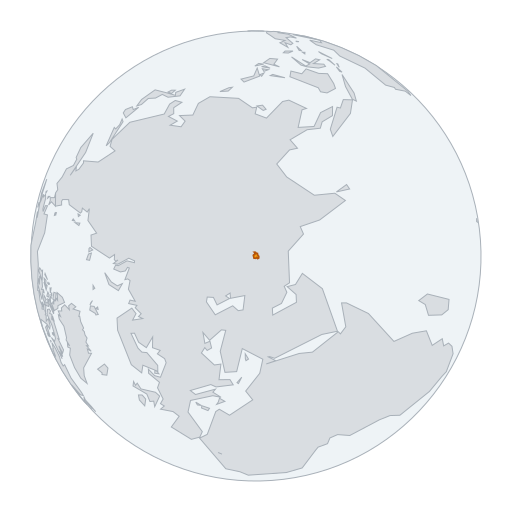 Daykundi highlighted on a globe, orthographic projection, rotated 263°
{"feature_id": "AFG-1753", "entity_name": "Daykundi", "entity_type": "Province", "adm_level": 1, "iso_a3": "AFG", "parent_name": "Afghanistan", "parent_adm1": "", "projection": "orthographic", "projection_center": [66.112, 33.734], "detail": "fine", "context": "on_globe", "style": "filled", "palette": "amber", "viewbox_px": 512, "rotation_deg": 263, "n_neighbors": 0, "source": "natural_earth", "source_scale": "10m", "svg_char_len": 12096}
<svg xmlns="http://www.w3.org/2000/svg" viewBox="0 0 512 512"><g transform="rotate(263 256 256)"><circle cx="256" cy="256" r="225" fill="#eef3f6" stroke="#a8b0b8"/><path d="M293.9,33.9L297.1,34.9L316.1,41.4L326.8,44.5L320.7,43.5L344.4,50.8L357.8,57.7L339.7,49.5L335.5,48.4L343.2,52.5L340.6,52.4L342.7,54.6L339.0,54.3L328.7,50.2L326.1,50.1L331.6,53.1L331.3,55.2L323.6,50.7L322.2,54.0L304.8,49.1L287.2,39.6L274.5,38.9L248.4,35.1L247.8,36.2L237.6,36.3L233.0,37.7L229.5,37.2L228.9,38.9L233.0,39.2L234.2,40.2L231.9,41.3L226.9,40.5L227.4,39.9L224.7,40.3L223.3,39.6L222.7,40.5L217.0,39.9L219.2,42.2L211.8,43.2L208.9,42.4L213.8,40.2L219.2,35.0L217.8,34.6L211.0,35.5L188.5,41.4L185.1,42.2L177.1,45.0L176.9,45.2L183.0,43.2L180.6,44.9L188.5,42.9L188.6,43.5L194.8,42.9L188.9,45.6L179.9,48.7L174.4,49.5L170.3,51.2L171.5,52.8L157.5,57.5L141.6,66.3L138.5,67.6L139.7,64.8L149.8,57.9L151.0,56.7L165.7,49.6L181.0,43.6L196.6,38.7L212.5,35.0L228.7,32.4L245.0,31.0L261.3,30.8L277.7,31.8L293.9,33.9ZM150.2,57.1L145.3,60.3L137.7,64.4L134.3,66.5L131.8,68.3L132.7,68.1L129.1,70.4L132.6,67.5L136.4,65.1L135.6,65.6L138.5,63.8L150.2,57.1ZM335.1,47.1L330.8,45.2L335.9,47.2L335.1,47.1ZM343.7,54.9L345.8,55.6L346.0,56.5L343.7,54.9ZM197.6,41.6L196.2,42.3L195.8,42.0L197.6,41.6ZM201.6,40.9L202.1,40.2L204.1,39.7L203.7,40.2L201.6,40.9ZM340.5,57.0L340.3,58.5L338.7,56.2L340.5,57.0ZM200.5,42.0L207.5,39.1L211.0,38.5L212.5,39.8L200.5,42.0ZM339.0,58.9L338.5,63.1L343.1,64.8L329.9,63.0L334.7,59.6L332.0,56.4L336.0,58.5L339.0,58.9ZM235.3,38.9L230.9,38.6L236.7,37.9L235.3,38.9ZM238.8,38.3L255.2,35.9L260.6,37.2L254.1,37.5L262.8,38.9L257.5,40.6L251.4,40.3L249.0,39.0L248.8,40.8L238.8,38.3ZM322.7,61.5L321.1,62.2L320.8,60.8L322.7,61.5ZM235.1,40.6L237.9,39.8L242.8,40.8L238.1,42.6L238.0,41.6L235.1,40.6ZM267.8,38.6L270.6,39.9L267.0,41.6L267.7,42.4L257.8,40.8L267.8,38.6ZM235.7,42.0L235.6,43.5L231.1,44.1L232.7,41.4L235.7,42.0ZM246.1,40.4L248.2,41.0L245.5,41.2L246.1,40.4ZM215.4,47.8L218.6,46.4L221.5,46.7L215.4,47.8ZM235.8,44.1L237.3,43.9L238.8,44.0L237.8,45.2L235.8,44.1ZM256.0,42.3L253.9,42.9L259.8,43.0L257.4,44.6L251.3,43.4L252.9,44.6L252.1,45.1L248.0,43.6L256.0,42.3ZM241.2,46.8L232.6,46.3L225.9,48.5L223.2,48.1L234.4,44.7L241.2,46.8ZM245.6,45.0L242.3,46.0L240.5,44.8L241.7,43.5L245.6,45.0ZM257.9,46.2L263.3,44.1L264.4,44.5L257.9,46.2ZM239.6,47.6L241.8,47.7L239.4,47.8L239.6,47.6ZM252.7,46.8L254.4,45.9L255.7,46.3L252.7,46.8ZM244.6,48.9L241.8,48.6L242.5,47.6L244.6,48.9ZM248.6,48.1L249.9,48.9L244.4,47.4L249.1,47.6L248.6,48.1ZM253.6,47.4L254.9,47.3L252.7,47.7L253.6,47.4ZM243.5,53.1L236.4,51.5L238.0,49.1L244.6,51.0L243.5,53.1ZM37.4,259.8L39.4,221.6L43.8,213.8L48.5,200.1L82.1,177.8L84.9,185.9L106.5,197.1L108.4,200.9L101.2,210.3L113.6,235.2L123.2,229.3L139.1,245.4L152.7,250.2L165.8,231.1L143.6,222.7L144.3,211.0L165.8,208.9L185.9,216.9L186.9,212.7L178.0,199.7L186.6,194.0L175.5,194.6L177.0,199.9L170.1,200.7L168.2,196.0L171.3,194.0L166.4,190.0L152.9,201.4L153.0,208.0L137.7,204.2L136.5,215.1L130.9,217.7L130.9,200.4L133.9,195.5L130.5,174.4L125.9,179.1L128.8,199.6L126.1,196.6L120.0,204.1L122.6,196.1L120.6,173.4L109.4,169.5L88.2,181.3L83.1,178.2L81.9,169.5L96.6,151.1L106.3,160.2L111.7,154.7L115.6,142.6L118.3,146.7L121.1,143.2L125.4,146.4L137.2,142.2L142.4,144.8L152.7,135.1L156.8,135.4L149.6,140.8L147.3,146.4L161.0,153.8L165.3,152.8L170.9,146.2L174.0,149.4L177.6,142.1L188.3,143.6L178.4,136.0L184.7,129.0L194.2,126.0L194.5,122.5L179.0,127.6L174.5,131.0L173.4,135.9L159.4,145.1L153.5,144.5L161.4,130.4L153.9,128.3L163.3,119.0L199.2,109.6L211.3,110.5L219.4,126.4L213.4,129.9L207.4,125.7L207.7,136.0L210.2,132.0L212.7,135.0L219.4,129.8L221.5,131.8L224.3,123.8L227.6,125.6L225.8,130.6L238.6,125.3L247.0,128.0L248.9,125.9L248.5,123.0L259.5,128.8L260.4,127.1L257.1,124.5L256.7,119.5L260.4,113.2L264.0,115.5L263.2,118.1L266.9,127.4L264.2,134.5L266.0,134.9L269.3,129.4L264.7,117.9L265.9,113.5L268.9,118.5L267.9,116.3L269.6,114.9L274.7,115.8L271.8,110.3L285.7,93.9L296.9,94.8L298.1,100.6L311.7,93.5L323.3,96.4L320.2,93.8L324.7,89.5L321.1,88.4L320.0,86.9L329.7,76.9L334.8,76.9L335.6,70.9L334.0,69.7L330.3,69.3L329.9,63.0L343.1,64.8L346.0,67.3L352.3,67.3L358.0,73.2L365.6,78.5L368.1,85.8L373.9,89.9L375.7,89.5L385.0,95.3L397.7,109.4L379.5,99.5L358.7,81.4L366.5,88.6L362.4,87.6L363.7,90.8L369.4,96.2L371.5,96.4L368.5,110.8L377.5,128.9L382.6,124.5L389.4,127.4L404.1,147.1L408.1,182.2L417.3,188.8L420.2,194.8L417.6,201.2L413.2,192.4L407.3,191.7L405.2,186.1L399.5,194.3L396.3,186.7L393.4,197.4L398.5,202.1L404.7,197.2L403.6,210.5L414.5,217.4L419.7,229.7L414.6,257.9L403.5,270.5L403.6,274.8L397.2,272.5L391.6,283.2L406.1,301.2L406.7,307.6L396.3,324.1L395.5,319.5L378.5,313.5L377.5,329.4L390.5,337.6L395.0,350.2L386.0,349.0L381.1,338.0L375.0,335.4L375.1,322.1L367.2,304.0L357.9,310.3L357.2,302.2L344.8,287.8L330.7,296.1L309.2,321.3L308.7,341.9L300.2,351.5L284.0,323.6L279.8,303.5L272.0,305.8L256.9,288.6L225.3,286.0L222.5,280.3L216.2,282.2L205.8,275.5L202.3,265.9L195.3,265.4L205.1,290.5L212.9,291.1L221.8,283.2L222.9,291.7L233.1,299.9L215.5,317.9L171.4,327.7L170.1,311.8L152.2,262.0L154.4,257.5L154.5,256.9L154.4,255.8L149.7,262.8L147.6,253.0L154.0,287.0L153.7,300.3L170.8,328.4L168.4,330.3L174.8,336.5L199.0,335.2L198.4,340.1L185.2,360.6L154.4,382.5L160.3,401.8L161.0,416.0L145.8,420.0L151.2,430.8L143.9,431.3L146.1,436.5L142.5,439.5L135.0,439.7L118.0,430.8L113.7,425.7L100.4,411.6L80.4,379.4L81.3,369.6L78.4,358.6L66.4,327.2L68.8,315.2L66.4,307.2L61.0,304.1L58.7,294.3L55.7,291.2L40.0,276.0L37.4,259.8ZM65.6,194.4L63.5,198.1L65.6,194.4ZM204.1,236.6L218.1,240.1L217.1,225.5L222.4,225.8L220.1,221.0L217.0,224.5L212.2,211.4L220.1,208.7L221.2,202.6L216.5,201.2L202.6,208.4L209.4,226.8L203.9,231.7L204.1,236.6ZM137.4,64.6L136.9,64.9L133.9,67.0L134.3,66.6L137.4,64.6ZM126.6,74.3L121.0,77.9L125.3,74.8L124.7,74.5L133.1,68.2L137.4,68.0L134.0,69.0L126.6,74.3ZM145.4,60.5L139.7,64.0L145.8,60.2L145.4,60.5ZM132.4,122.4L131.9,126.1L127.4,129.1L120.8,127.3L127.3,122.7L132.4,122.4ZM132.3,130.8L142.0,118.1L146.4,119.2L142.3,120.7L144.3,122.6L138.1,125.6L133.0,139.6L128.7,143.3L118.8,137.1L124.4,136.8L124.5,133.0L132.3,130.8ZM158.7,89.0L163.0,85.0L167.2,92.4L162.8,95.4L155.9,93.4L157.1,88.7L158.7,89.0ZM202.0,45.5L203.4,44.5L204.7,44.5L204.7,45.5L202.0,45.5ZM216.7,47.1L197.5,50.5L198.1,49.4L186.2,53.5L183.1,52.2L190.9,49.4L179.6,51.9L185.4,48.9L177.6,51.1L195.3,45.1L200.1,43.0L195.9,45.7L198.7,46.9L201.3,46.7L212.2,45.0L223.8,41.5L228.4,42.6L228.5,44.3L226.4,45.3L224.1,44.2L223.0,46.3L218.1,45.5L216.7,47.1ZM227.5,71.0L225.7,68.0L222.6,74.6L217.7,72.8L217.6,73.7L212.2,74.0L205.5,76.1L203.9,74.8L202.0,76.3L198.4,76.7L195.2,78.3L191.3,76.7L187.1,78.7L187.6,76.9L181.5,80.8L184.3,77.3L179.9,77.9L179.5,80.9L166.0,71.3L158.2,70.9L150.1,72.8L156.1,67.2L167.4,62.3L180.4,59.0L187.1,60.5L188.6,58.1L192.2,58.2L189.5,60.1L195.8,57.3L198.1,58.0L209.7,56.8L217.4,53.0L221.8,52.7L219.9,54.6L225.6,53.0L225.1,56.5L228.2,56.5L230.9,60.2L225.4,64.2L229.4,64.0L231.5,67.1L227.5,71.0ZM243.9,54.2L238.6,58.8L233.2,60.3L230.9,53.4L228.1,52.9L226.4,49.1L234.2,47.2L234.0,48.4L235.6,49.2L232.5,49.4L236.1,49.8L235.9,51.6L238.7,52.5L236.2,53.7L243.9,54.2ZM113.5,198.8L115.5,200.7L119.3,202.4L115.5,207.4L113.5,198.8ZM111.8,183.4L114.0,184.0L110.5,191.3L108.4,189.5L111.8,183.4ZM118.3,178.4L114.4,183.4L115.3,179.7L118.3,178.4ZM152.0,141.2L154.7,141.7L153.8,143.5L150.9,145.3L152.0,141.2ZM217.2,92.3L217.0,89.9L218.6,89.5L222.6,84.4L226.6,85.6L225.7,89.2L217.2,92.3ZM160.3,233.4L154.6,236.0L153.3,233.3L155.5,232.9L160.3,233.4ZM132.6,221.7L137.5,227.1L131.5,223.0L132.6,221.7ZM222.2,92.8L223.4,90.5L224.7,92.6L222.2,92.8ZM229.7,86.3L231.7,88.3L227.5,85.2L229.7,86.3ZM263.3,479.2L266.6,479.6L262.7,479.8L263.3,479.2ZM197.4,421.5L189.4,442.3L179.3,440.2L174.9,433.2L176.1,420.0L187.2,418.1L191.9,412.1L197.4,421.5ZM433.1,361.6L437.0,359.7L436.7,360.6L433.1,361.6ZM429.1,361.5L433.9,358.8L428.0,363.8L429.1,361.5ZM435.7,357.7L440.5,352.9L442.6,350.2L442.0,352.2L435.7,357.7ZM425.7,363.5L405.8,373.2L397.5,374.5L399.9,370.7L413.3,365.5L425.7,363.5ZM399.2,370.8L386.0,367.1L365.3,346.8L372.8,345.2L393.8,354.6L392.6,357.8L400.6,361.7L399.2,370.8ZM429.6,340.5L428.2,349.3L417.6,354.2L412.6,355.3L409.2,346.4L411.1,340.1L415.4,338.3L429.8,311.5L435.3,313.2L431.3,323.7L435.6,328.5L429.6,340.5ZM309.8,343.6L315.9,354.6L311.1,357.1L309.8,343.6ZM434.2,294.7L429.4,306.5L433.3,292.2L434.2,294.7ZM435.6,282.2L436.7,286.3L433.7,283.5L435.6,282.2ZM404.9,280.9L400.4,283.9L399.6,280.9L404.8,275.2L404.9,280.9ZM423.6,240.2L426.3,249.5L426.4,253.1L423.1,248.5L423.6,240.2ZM257.9,103.8L247.9,109.2L243.3,114.7L244.9,120.0L238.4,115.2L245.5,106.6L257.9,103.8ZM281.9,94.7L280.5,90.6L283.9,91.2L284.7,92.3L281.9,94.7ZM279.0,93.0L272.0,90.3L273.0,87.3L278.4,90.0L279.0,93.0ZM246.8,90.7L243.6,92.1L242.6,90.2L246.8,90.7ZM430.7,398.2L430.4,398.6L401.1,426.8L396.4,429.3L401.4,424.3L404.5,414.8L406.4,413.9L409.8,405.5L429.2,387.1L444.3,363.5L450.8,358.3L458.3,341.6L463.7,335.6L459.7,347.0L462.4,345.6L471.2,319.6L468.4,331.1L461.2,349.0L452.4,366.3L442.3,382.7L430.7,398.2ZM442.7,355.7L448.7,345.7L451.3,342.9L442.7,355.7ZM476.0,304.6L475.5,306.5L474.9,305.3L472.2,315.1L467.3,322.7L469.2,317.1L469.1,312.5L462.6,318.5L461.4,316.3L464.1,310.9L459.2,313.1L464.7,305.7L466.4,311.1L469.3,301.6L473.3,297.1L476.2,293.6L477.6,294.2L476.9,297.7L476.8,300.9L476.0,304.6ZM463.7,322.6L464.5,321.6L463.5,324.8L463.7,322.6ZM478.1,291.6L480.0,279.6L480.2,278.3L478.7,289.3L478.1,291.6ZM480.2,277.6L480.1,278.7L480.0,276.8L480.4,275.0L480.3,277.1L480.2,277.6ZM452.5,327.0L452.2,329.4L450.6,329.1L452.5,327.0ZM454.7,323.9L459.2,321.9L454.2,326.1L454.7,323.9ZM438.4,328.6L440.1,332.7L445.4,325.7L441.3,333.2L444.4,339.1L443.0,343.1L440.0,336.5L438.1,346.7L435.7,348.1L434.9,341.0L437.6,329.5L440.0,323.9L449.3,315.5L438.4,328.6ZM454.9,317.7L453.5,312.8L454.4,307.9L455.9,309.9L454.9,317.7ZM448.8,301.4L444.2,297.1L440.9,302.3L446.9,287.2L450.4,293.8L448.8,301.4ZM443.7,288.0L440.7,292.9L443.3,284.6L443.7,288.0ZM439.4,291.0L438.3,286.3L441.1,285.1L439.4,291.0ZM445.5,287.0L444.7,278.0L446.8,282.1L445.5,287.0ZM435.0,275.7L442.4,280.1L434.1,281.6L430.1,265.3L433.4,262.7L435.0,275.7ZM430.4,196.1L427.6,191.9L429.5,188.7L430.9,192.5L430.4,196.1ZM433.2,176.1L429.1,186.6L425.3,195.6L428.2,196.3L430.3,205.5L424.2,200.1L424.3,188.0L427.8,182.7L425.0,175.5L425.5,168.3L420.3,160.7L419.5,156.0L425.3,161.5L433.2,176.1ZM417.9,157.7L409.0,143.7L414.2,141.7L417.3,144.3L419.2,151.5L416.3,152.0L417.9,157.7ZM408.3,139.8L405.5,140.4L386.4,124.4L383.6,120.7L400.9,131.0L399.2,132.2L402.9,136.7L408.3,139.8ZM323.4,63.2L321.3,62.3L323.6,62.4L323.4,63.2ZM317.9,86.5L316.8,84.5L319.5,84.5L317.9,86.5ZM315.1,79.1L312.8,80.4L313.7,78.0L315.1,79.1ZM307.8,83.9L311.1,80.5L310.1,85.2L307.8,83.9Z" fill="#d9dde1" stroke="#a8b0b8" stroke-width="1"/><path d="M260.0,254.8L260.0,255.0L260.1,255.3L260.1,255.5L259.9,255.7L259.8,255.8L259.6,256.0L259.4,256.2L259.4,256.3L259.1,256.4L258.8,256.4L258.5,256.5L258.4,256.5L258.4,256.8L258.5,257.1L258.4,257.2L258.4,257.3L258.4,257.5L258.4,257.8L258.2,257.8L258.1,257.7L257.9,257.8L257.7,257.8L257.4,257.9L257.3,257.7L257.2,257.6L256.9,257.7L256.7,257.7L256.2,258.0L255.9,258.2L255.8,258.4L255.8,258.5L255.7,258.6L255.2,258.5L255.0,258.4L254.9,258.3L254.8,258.5L254.7,258.4L254.5,258.5L254.3,258.3L254.2,258.3L253.9,258.3L254.0,258.5L253.9,258.6L253.7,258.6L253.5,258.4L253.5,258.2L253.5,257.9L253.4,257.9L253.3,257.7L253.2,257.6L253.1,257.4L253.3,257.3L253.6,257.2L253.7,256.9L253.8,256.9L253.9,256.7L254.0,256.6L254.3,256.5L254.2,256.4L254.0,256.2L254.0,255.9L253.9,255.8L253.8,255.7L253.7,255.6L253.7,255.4L253.8,255.4L254.0,255.2L254.1,254.8L253.9,254.7L253.9,254.4L254.0,254.3L254.0,254.2L254.0,253.8L254.0,253.7L254.4,253.6L254.5,253.6L254.8,253.6L255.2,253.6L255.4,253.7L255.5,253.7L255.8,253.5L256.0,253.5L256.3,253.4L256.5,253.4L256.7,253.5L257.1,253.4L257.2,253.5L257.3,253.6L257.5,253.7L257.5,253.8L257.4,253.8L257.4,254.1L257.4,254.3L257.3,254.5L257.4,254.8L257.5,254.9L257.7,255.0L257.8,255.1L258.0,255.0L258.0,254.9L258.8,255.0L259.0,255.2L259.3,255.0L259.5,255.1L259.6,254.9L259.9,254.9L260.0,254.8L260.0,254.8Z" fill="#f59e0b" stroke="#b45309" stroke-width="1.5"/></g></svg>